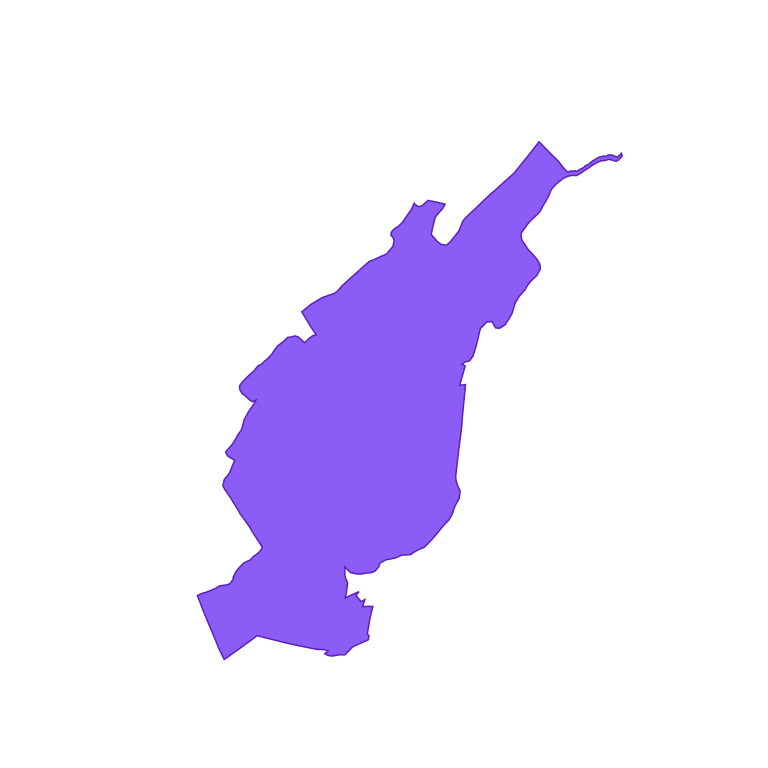 Molo, Rift Valley, Kenya, rotated 210°
{"feature_id": "3690345B84891311296889", "entity_name": "Molo", "entity_type": "district", "adm_level": 2, "iso_a3": "KEN", "parent_name": "Kenya", "parent_adm1": "Rift Valley", "projection": "equal_earth", "projection_center": [35.775, -0.363], "detail": "fine", "context": "isolated", "style": "filled", "palette": "violet", "viewbox_px": 768, "rotation_deg": 210, "n_neighbors": 0, "source": "geoboundaries", "source_scale": "gbopen_adm2", "svg_char_len": 4413}
<svg xmlns="http://www.w3.org/2000/svg" viewBox="0 0 768 768"><g transform="rotate(210 384 384)"><path d="M309.4,120.6L302.9,124.1L298.8,124.9L300.5,120.8L296.9,120.8L292.8,122.5L290.3,124.6L286.9,127.4L282.5,129.8L279.6,140.9L269.8,154.4L270.9,158.2L273.6,159.5L278.9,173.8L282.5,185.8L291.2,180.7L292.8,187.7L295.1,184.0L302.5,186.9L301.8,191.7L310.8,179.4L311.8,183.5L313.8,188.2L316.0,193.5L317.9,195.0L320.6,196.8L322.9,199.7L326.5,206.2L322.4,204.8L318.8,203.9L315.8,204.8L311.9,206.2L308.6,208.1L304.6,211.6L301.1,213.9L298.3,217.3L297.1,222.8L297.9,227.0L294.5,232.6L290.3,236.2L286.8,239.4L283.1,244.6L279.0,247.3L275.6,249.7L273.9,253.5L271.3,257.8L267.4,262.9L265.9,268.8L264.5,274.7L263.4,280.6L262.5,286.1L261.5,292.0L259.8,299.0L259.8,305.1L260.7,309.2L261.4,313.1L261.6,315.0L261.6,318.6L261.7,322.5L263.5,327.0L264.7,329.6L269.4,332.7L272.6,335.7L273.6,336.8L274.4,337.8L275.8,340.0L276.3,341.1L286.9,365.6L295.1,385.3L296.8,388.8L299.0,393.2L313.1,424.3L317.8,420.7L322.8,440.4L326.3,439.8L324.9,443.5L321.5,446.7L320.9,452.6L322.8,461.2L323.1,462.7L328.3,480.2L327.2,484.1L326.2,488.9L321.7,492.0L315.4,488.4L311.7,490.1L308.8,495.7L308.3,503.2L308.4,509.1L310.8,519.2L310.9,525.9L310.6,527.9L310.4,529.2L309.0,535.9L309.0,541.4L308.3,546.3L306.0,554.3L306.1,561.6L307.8,564.3L309.0,565.6L310.3,566.5L313.5,568.3L318.6,570.2L322.6,571.4L327.0,572.8L331.2,574.9L336.6,577.5L340.5,582.5L340.4,586.2L340.3,587.7L339.9,590.4L339.4,595.4L338.1,600.9L336.5,606.0L335.1,611.7L335.4,617.6L335.3,622.9L335.4,628.8L335.9,632.6L336.3,636.4L335.1,642.5L331.8,651.4L328.1,656.4L324.4,659.4L321.7,660.5L319.1,664.8L317.3,668.8L315.0,672.9L312.3,678.8L309.5,683.4L307.1,686.2L304.0,688.3L301.7,691.0L297.8,692.1L294.3,692.9L292.9,695.2L291.7,700.5L293.8,702.5L294.7,698.5L295.4,697.2L296.7,696.9L298.1,696.6L299.6,696.7L300.7,696.2L301.7,695.9L303.0,695.4L303.9,694.7L304.8,693.7L305.4,692.2L306.5,691.6L307.7,691.3L308.9,690.0L310.4,688.8L311.5,687.6L312.3,686.1L313.4,684.0L314.3,682.6L315.0,681.4L315.4,680.1L316.0,678.6L316.5,676.9L317.2,675.6L318.0,674.8L318.8,673.6L319.2,671.6L320.2,669.9L321.1,668.6L322.5,666.5L323.2,664.6L324.3,664.2L325.4,664.3L326.2,663.2L327.3,662.5L328.8,661.8L329.6,660.9L330.6,659.4L333.2,659.8L334.2,660.2L339.2,661.9L341.3,662.8L344.8,664.4L346.0,664.6L348.4,665.2L357.9,667.6L359.0,667.9L368.7,670.8L370.9,671.2L371.4,667.0L373.2,654.5L375.8,637.9L376.2,635.5L376.7,631.9L380.0,621.9L382.5,614.3L384.0,609.4L386.8,601.5L387.6,598.7L390.0,590.8L391.6,584.8L393.7,578.1L394.7,575.1L395.6,571.7L396.8,567.3L397.0,566.0L397.2,563.5L396.5,560.1L395.7,553.9L397.0,544.8L397.7,540.2L399.3,535.4L404.4,533.5L408.8,534.0L417.9,537.1L419.0,540.5L419.4,541.9L419.9,543.2L421.6,549.1L422.5,551.9L422.9,553.5L422.8,555.3L422.4,558.6L421.0,564.9L420.9,567.6L421.0,570.3L424.5,569.3L430.6,567.4L435.3,565.8L436.3,565.5L437.7,565.0L438.5,562.5L439.2,560.6L439.9,557.9L442.5,554.9L444.4,554.9L447.3,555.0L448.3,555.7L447.5,549.0L448.4,539.7L448.9,532.8L450.4,528.0L451.3,526.2L452.0,524.9L453.1,522.0L453.6,519.0L452.4,516.5L449.3,515.2L446.8,513.1L445.1,507.5L446.9,497.6L450.3,493.2L455.3,486.1L457.9,483.0L460.0,477.1L463.4,466.6L466.2,458.2L469.2,448.8L470.6,441.7L472.4,437.5L480.6,428.1L483.5,423.0L487.0,416.6L491.3,405.4L476.2,397.0L467.2,392.6L470.0,390.1L471.6,386.2L473.5,380.1L478.5,381.1L482.0,381.9L485.2,381.1L488.0,378.3L490.8,376.1L492.5,370.1L495.3,363.5L495.8,358.6L496.1,353.8L497.4,348.0L499.0,343.8L500.0,339.6L502.2,336.9L503.3,329.8L504.4,326.8L506.2,321.1L507.8,314.2L508.2,310.2L506.2,307.1L502.2,304.8L496.6,304.0L492.7,303.0L489.2,302.8L486.9,306.1L486.7,300.8L487.2,295.4L487.5,291.3L487.3,286.9L487.3,283.3L486.1,279.3L484.5,273.2L485.2,267.0L485.0,262.4L485.2,256.3L486.1,251.5L487.2,246.0L483.8,243.6L480.7,243.3L475.2,243.4L474.5,238.8L474.4,237.1L473.8,233.6L473.5,231.8L473.5,227.4L474.6,221.6L472.7,215.4L469.7,213.4L459.8,208.6L456.5,206.8L452.6,204.7L447.0,201.7L444.2,199.9L441.3,198.6L430.2,193.6L425.9,191.2L422.1,189.2L407.6,181.7L407.6,178.0L408.7,173.9L410.8,169.5L411.9,164.7L416.0,159.0L417.5,152.9L418.4,147.8L418.0,141.1L417.0,139.5L417.6,133.9L420.0,131.3L421.4,130.1L422.4,129.4L425.7,126.6L427.7,122.8L430.6,118.9L433.7,114.9L437.1,111.5L439.9,107.5L427.7,97.7L416.9,89.3L408.7,83.2L393.6,71.5L384.6,65.5L376.1,84.2L368.0,102.6L355.4,106.2L340.3,110.5L327.4,114.6L309.4,120.6Z" fill="#8b5cf6" stroke="#5b21b6" stroke-width="1.5"/></g></svg>